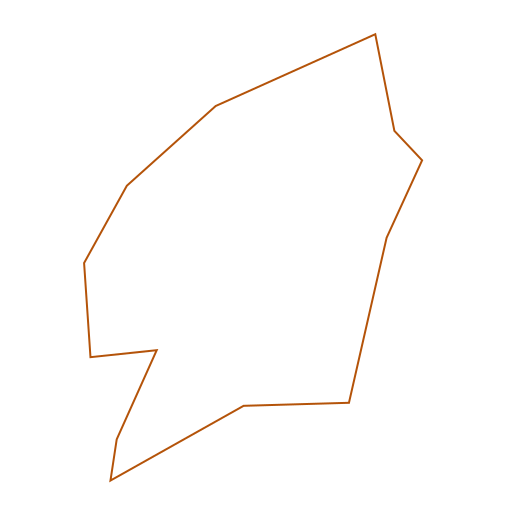 an SVG outline of Sandy Hill, rotated 174°
{"feature_id": "AIA-5121", "entity_name": "Sandy Hill", "entity_type": "District", "adm_level": 1, "iso_a3": "AIA", "parent_name": "Anguilla", "parent_adm1": "", "projection": "robinson", "projection_center": [-63.011, 18.236], "detail": "fine", "context": "isolated", "style": "outline", "palette": "amber", "viewbox_px": 512, "rotation_deg": 174, "n_neighbors": 0, "source": "natural_earth", "source_scale": "10m", "svg_char_len": 331}
<svg xmlns="http://www.w3.org/2000/svg" viewBox="0 0 512 512"><g transform="rotate(174 256 256)"><path d="M427.7,267.0L377.1,339.4L280.4,409.4L114.2,464.1L105.3,366.0L80.8,333.8L124.2,260.5L178.9,100.3L284.0,108.3L424.2,47.9L413.7,88.2L364.6,172.7L431.2,172.7L427.7,267.0Z" fill="none" stroke="#b45309" stroke-width="2"/></g></svg>